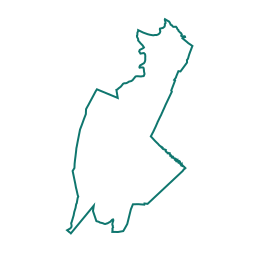 the district of Soyaló, Chiapas, Mexico, rotated 260°
{"feature_id": "50627088B85060980451015", "entity_name": "Soyaló", "entity_type": "district", "adm_level": 2, "iso_a3": "MEX", "parent_name": "Mexico", "parent_adm1": "Chiapas", "projection": "natural_earth1", "projection_center": [-92.974, 16.925], "detail": "fine", "context": "isolated", "style": "outline", "palette": "teal", "viewbox_px": 256, "rotation_deg": 260, "n_neighbors": 0, "source": "geoboundaries", "source_scale": "gbopen_adm2", "svg_char_len": 5499}
<svg xmlns="http://www.w3.org/2000/svg" viewBox="0 0 256 256"><g transform="rotate(260 128 128)"><path d="M182.2,197.5L182.9,197.6L183.4,197.7L184.0,197.8L184.6,197.8L185.0,198.2L185.4,198.7L185.9,199.1L186.4,199.4L187.0,199.7L187.5,199.9L190.3,201.3L190.5,201.5L191.0,201.7L191.4,202.0L191.8,202.2L192.2,202.4L192.6,202.7L193.0,202.9L193.4,203.2L193.8,203.4L194.1,203.6L194.5,203.8L194.9,204.1L195.2,204.2L195.4,204.3L195.6,204.5L195.8,204.6L196.1,204.7L196.3,204.9L196.5,205.0L197.0,205.3L197.3,205.5L197.6,205.7L199.1,204.2L201.1,202.1L202.5,201.0L206.8,197.3L207.2,198.0L207.5,198.7L207.6,198.9L207.7,199.5L207.7,200.0L208.2,200.0L208.6,199.4L208.7,198.3L208.6,197.8L208.7,197.2L208.9,196.8L209.6,196.4L210.0,196.6L210.6,197.2L211.7,196.9L212.1,196.8L212.7,196.2L213.0,195.9L213.8,195.4L214.9,194.6L215.8,194.6L216.3,194.1L217.1,193.7L218.0,193.6L219.4,192.8L219.6,191.3L219.7,190.4L219.9,190.0L220.5,189.5L221.0,189.4L221.4,189.2L221.8,188.6L222.4,187.9L223.4,187.8L225.6,187.0L228.7,183.3L228.1,183.0L227.0,183.2L226.0,183.2L224.8,183.2L224.0,182.3L222.9,182.2L221.5,181.6L220.5,179.8L220.3,176.7L219.7,176.5L218.8,176.5L217.6,176.6L216.5,176.1L215.5,175.2L214.8,173.6L214.6,172.2L214.9,170.7L214.9,168.9L216.0,165.8L217.0,163.6L219.3,159.6L222.6,155.0L221.6,154.8L221.3,154.6L220.8,154.2L220.2,153.8L219.2,153.6L218.1,153.4L217.9,153.3L217.7,153.2L217.5,152.9L217.1,152.8L216.6,152.8L216.2,152.7L215.1,153.1L213.6,153.5L212.7,153.2L212.4,153.2L211.4,153.8L210.5,154.4L209.5,154.9L208.2,155.8L206.9,156.7L204.8,157.6L204.6,157.7L204.1,157.1L203.5,155.2L202.9,153.2L201.5,152.3L199.1,153.2L199.1,154.5L199.1,155.4L199.1,156.3L199.0,156.7L198.6,157.0L198.2,157.2L197.7,157.6L196.7,157.6L195.6,157.5L194.4,157.2L192.5,156.9L191.4,156.6L190.8,156.3L190.3,156.1L190.0,155.8L189.4,155.3L189.0,154.9L188.9,154.6L188.7,154.1L188.6,153.6L188.5,153.3L188.4,153.1L188.2,152.7L188.0,152.4L187.9,151.9L187.8,151.5L187.7,151.2L187.5,150.8L187.3,150.6L187.0,150.4L186.6,150.2L186.3,150.0L186.2,149.9L185.9,149.8L185.7,149.8L185.4,149.9L185.4,150.2L185.4,150.6L185.4,151.3L185.3,151.9L185.1,152.7L185.0,153.2L184.8,153.5L184.5,153.7L184.2,153.8L183.7,153.8L183.3,153.8L182.0,153.7L181.2,153.6L180.5,153.6L179.8,153.6L179.0,153.7L178.6,153.6L178.2,153.6L177.7,153.3L177.3,153.0L176.7,152.8L176.4,152.2L176.5,151.3L176.5,149.7L176.9,148.1L177.3,146.6L177.5,144.9L177.3,144.2L176.3,143.1L175.3,141.9L174.6,141.2L173.7,139.6L173.6,138.5L173.5,137.0L172.8,135.4L172.5,134.3L172.5,133.2L172.7,132.0L172.4,130.8L171.9,130.3L171.0,129.3L169.9,128.0L169.1,126.4L168.6,125.4L167.8,124.3L167.6,123.2L159.4,123.1L171.5,104.1L169.6,102.4L166.5,100.0L162.7,97.0L159.4,94.4L158.1,93.4L155.9,91.6L153.9,90.0L150.9,89.3L149.0,88.9L144.9,86.4L139.3,83.2L134.8,80.5L126.0,77.1L122.1,75.6L118.1,74.1L117.2,73.7L114.3,72.9L109.3,71.4L105.5,70.2L102.0,69.2L97.9,68.3L95.3,66.0L85.4,66.3L81.9,66.4L78.4,66.4L75.8,66.6L70.8,66.8L69.1,67.1L67.9,66.3L62.9,64.5L61.9,63.7L58.5,62.5L54.6,60.5L51.4,59.3L45.0,56.1L44.6,55.8L44.2,55.5L43.4,55.5L42.7,55.5L41.9,55.5L41.2,55.4L40.4,55.1L40.0,54.7L39.1,53.7L37.9,50.3L35.7,52.1L34.4,53.4L34.2,53.5L57.5,80.8L52.3,79.1L41.8,80.7L41.6,81.0L41.2,81.9L40.8,82.7L40.4,83.3L39.8,83.9L39.5,84.6L39.0,85.8L38.6,86.7L38.1,87.4L37.6,88.3L37.4,89.4L37.7,90.3L37.6,90.7L37.8,91.6L38.2,92.6L38.7,94.2L39.4,95.1L40.4,96.5L40.6,97.4L40.4,97.5L39.6,97.5L39.1,97.3L38.7,97.1L37.8,96.6L36.7,96.1L35.7,95.8L35.1,95.8L34.7,96.1L34.4,96.0L33.2,95.9L32.8,96.1L32.5,95.9L32.0,95.4L31.4,95.1L31.1,95.2L30.7,95.2L30.4,95.0L30.0,94.9L29.8,95.0L28.8,94.6L28.4,94.5L28.3,95.1L27.9,97.1L27.3,100.2L27.3,102.3L27.3,105.4L28.1,106.1L31.1,108.6L33.6,110.6L47.4,116.7L52.0,119.6L51.2,124.9L49.7,130.7L50.8,131.1L49.9,134.1L76.2,174.4L76.4,174.6L76.7,175.0L77.3,175.4L77.5,175.8L77.8,176.2L77.9,176.6L78.2,176.7L78.6,177.5L79.4,176.9L80.0,176.6L80.7,175.9L80.9,175.4L81.3,175.4L81.5,174.6L81.9,174.7L82.0,174.3L82.2,174.5L82.4,174.6L82.7,174.2L82.8,174.7L83.0,174.7L82.9,174.6L83.2,174.5L83.2,174.2L83.4,174.1L83.5,174.1L83.7,173.8L83.9,173.9L84.5,173.1L84.8,172.2L86.0,173.1L85.7,173.3L86.0,173.3L86.3,172.9L86.0,173.0L85.8,172.6L85.9,172.1L85.9,171.5L85.7,171.0L86.0,171.3L86.2,170.8L87.7,171.0L87.3,170.3L87.2,169.8L87.3,169.8L87.6,169.6L88.3,168.9L88.4,169.0L89.0,169.9L89.3,169.6L89.6,169.4L89.8,168.9L89.7,168.4L90.0,168.1L90.6,167.6L91.1,166.6L91.6,167.4L92.0,167.2L92.0,166.7L91.9,166.2L92.2,165.9L92.9,165.9L93.1,165.3L93.3,165.5L93.6,165.2L94.3,164.7L94.4,164.8L94.6,164.7L94.7,164.9L95.1,164.5L95.3,164.4L95.3,164.6L95.7,164.7L96.0,164.7L96.2,162.8L96.7,162.9L96.9,162.4L98.4,161.1L99.3,161.3L99.7,161.5L100.2,160.6L100.6,160.4L100.8,159.6L101.0,159.2L101.2,158.9L101.4,158.8L101.5,158.7L102.7,157.9L102.9,158.4L103.8,157.6L104.0,157.1L105.4,155.9L106.3,155.3L106.9,155.0L107.2,154.8L107.6,154.5L108.0,154.2L108.7,153.7L110.1,152.7L111.6,151.7L112.9,150.9L113.5,150.5L114.0,150.2L114.9,149.6L115.8,149.0L117.5,150.4L117.7,150.5L117.8,150.6L118.1,150.8L118.4,151.0L119.2,151.7L119.9,152.2L120.1,152.4L120.7,152.8L120.8,152.8L121.0,153.0L121.7,153.5L121.9,153.6L124.7,155.6L127.0,157.1L127.7,157.6L128.9,158.3L129.1,158.5L129.4,158.7L131.2,160.0L132.6,161.0L132.9,161.2L134.1,162.1L135.0,162.8L135.4,163.1L135.6,163.2L136.7,163.9L138.1,164.9L138.4,165.1L138.6,165.2L139.4,165.7L139.6,165.9L142.4,167.8L144.7,169.3L144.8,169.4L156.2,177.5L157.4,177.1L164.9,181.6L166.6,182.6L167.3,181.8L169.4,184.0L170.3,184.4L175.2,187.5L174.6,189.5L178.0,193.1L182.2,197.5Z" fill="none" stroke="#0f766e" stroke-width="2"/></g></svg>